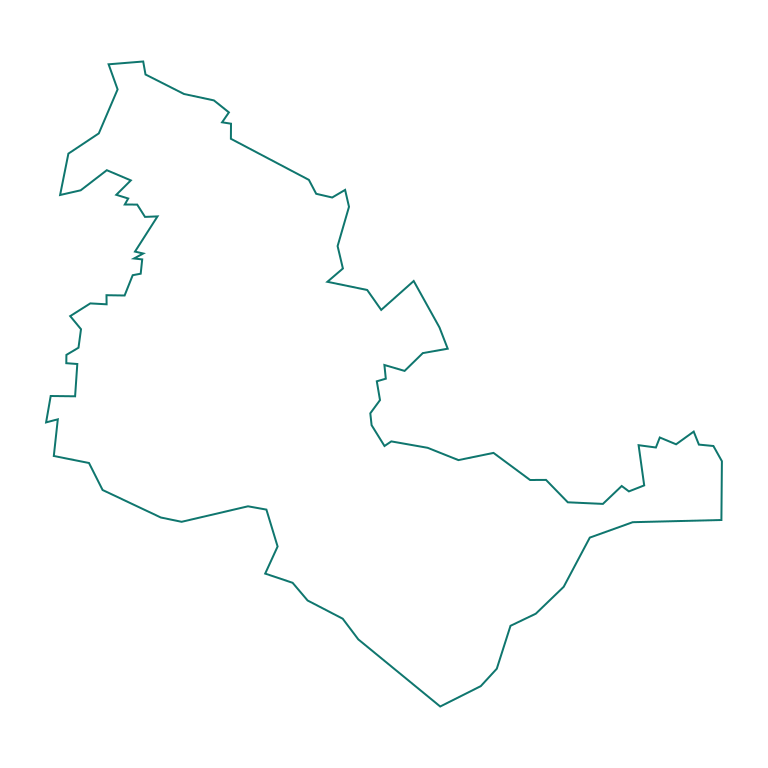 Brvenitsa, Brvenica, North Macedonia
{"feature_id": "65306769B32864383387565", "entity_name": "Brvenitsa", "entity_type": "district", "adm_level": 2, "iso_a3": "MKD", "parent_name": "North Macedonia", "parent_adm1": "Brvenica", "projection": "robinson", "projection_center": [21.042, 41.888], "detail": "fine", "context": "isolated", "style": "outline", "palette": "teal", "viewbox_px": 768, "rotation_deg": 0, "n_neighbors": 0, "source": "geoboundaries", "source_scale": "gbopen_adm2", "svg_char_len": 1377}
<svg xmlns="http://www.w3.org/2000/svg" viewBox="0 0 768 768"><path d="M721.4,520.0L721.9,461.2L713.4,446.0L698.9,444.6L693.7,431.6L676.1,444.3L659.8,437.5L655.9,447.5L638.6,445.2L644.2,485.4L628.9,491.4L621.7,486.0L602.9,503.9L567.8,502.3L546.0,479.9L530.1,480.0L493.5,452.9L458.4,460.1L427.6,447.8L391.3,441.4L384.5,446.0L371.6,425.2L370.3,413.3L380.0,400.1L376.8,381.3L385.8,378.7L384.4,365.0L404.6,370.9L422.8,353.1L447.7,348.7L439.5,327.5L413.7,281.0L381.2,309.9L367.2,290.0L327.4,281.8L342.9,268.5L337.6,246.1L349.0,206.8L345.1,189.9L332.2,197.5L316.2,193.8L308.9,179.9L230.9,138.8L231.0,123.7L222.1,122.3L228.9,112.4L213.9,100.4L184.0,94.0L145.5,74.5L143.2,61.5L108.6,64.3L117.6,89.4L98.8,133.4L68.4,153.6L60.1,195.0L80.7,190.3L106.8,170.2L130.8,180.4L116.3,194.8L128.2,198.5L124.8,204.5L137.2,204.6L145.0,216.9L157.5,216.4L135.0,251.6L143.2,253.5L134.0,258.5L142.2,259.4L140.7,273.7L132.7,275.2L124.6,295.5L106.5,295.2L106.6,304.3L90.3,303.4L70.2,316.1L81.0,329.2L78.5,347.7L66.4,354.9L66.3,363.2L77.3,364.0L75.1,396.3L50.7,396.0L46.1,422.4L57.8,419.3L53.8,456.0L89.0,463.0L102.6,490.0L160.8,517.5L181.6,521.8L248.0,506.3L266.4,509.6L277.6,546.5L265.2,573.6L292.6,582.8L307.6,600.5L342.7,618.7L358.3,639.4L440.2,706.5L480.8,686.1L496.8,668.7L510.5,625.8L535.8,613.7L563.7,586.8L589.8,537.6L632.7,522.2L721.4,520.0Z" fill="none" stroke="#0f766e" stroke-width="2"/></svg>